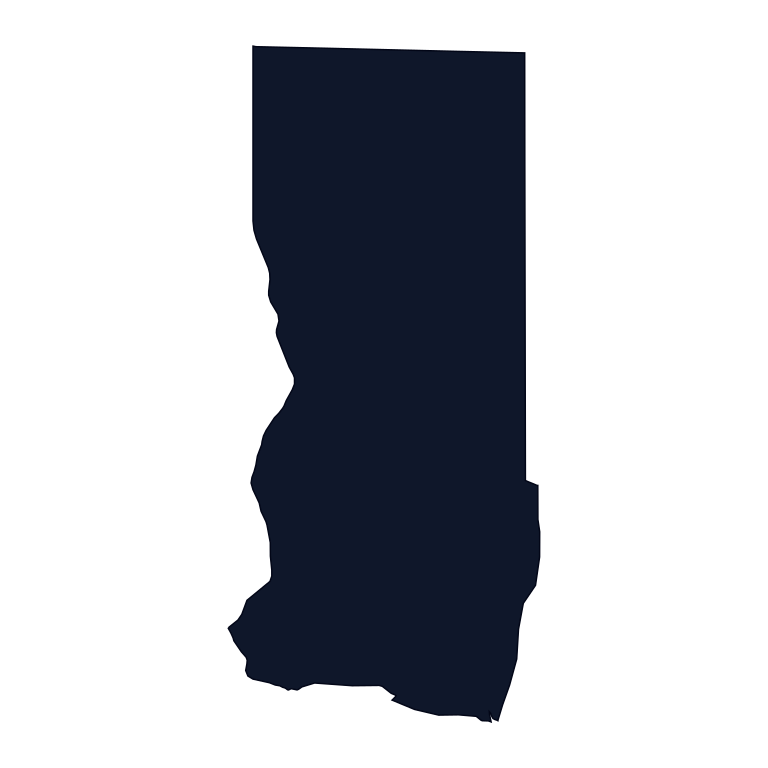 SVG path tracing the border of Al Butnan, rotated 180°
{"feature_id": "LBY-2987", "entity_name": "Al Butnan", "entity_type": "Municipality", "adm_level": 1, "iso_a3": "LBY", "parent_name": "Libya", "parent_adm1": "", "projection": "mercator", "projection_center": [24.313, 30.16], "detail": "fine", "context": "isolated", "style": "filled", "palette": "ink", "viewbox_px": 768, "rotation_deg": 180, "n_neighbors": 0, "source": "natural_earth", "source_scale": "10m", "svg_char_len": 1709}
<svg xmlns="http://www.w3.org/2000/svg" viewBox="0 0 768 768"><g transform="rotate(180 384 384)"><path d="M539.0,140.8L530.1,147.9L526.2,153.6L521.0,167.7L498.0,186.6L496.2,191.9L496.2,197.9L497.6,211.8L497.7,225.4L501.0,243.1L502.0,246.4L506.9,256.7L508.8,265.1L515.0,278.3L516.9,285.0L516.0,290.7L513.9,296.3L512.1,302.9L510.6,311.9L506.3,323.3L505.9,326.5L504.5,332.1L501.8,337.7L493.5,350.3L489.2,354.7L485.4,359.6L484.0,361.9L481.7,367.5L475.8,378.1L473.5,383.9L473.5,390.2L474.8,393.7L478.8,401.0L490.9,431.6L491.6,435.3L491.4,438.5L489.0,447.0L490.0,453.8L497.3,466.1L499.3,472.8L499.3,476.7L498.0,488.5L498.3,494.8L499.7,500.4L511.5,529.0L514.0,537.7L515.0,547.0L515.0,567.0L515.0,594.1L515.0,658.5L515.0,721.9L514.9,721.9L513.5,721.6L512.1,721.3L444.9,719.8L377.7,718.2L310.5,716.6L243.3,715.1L243.2,609.2L243.0,502.7L242.8,395.4L242.6,287.5L239.7,286.2L236.7,285.0L233.8,283.8L230.8,282.5L230.7,282.6L230.3,282.6L230.2,282.6L230.1,248.5L228.3,236.2L228.4,211.0L232.5,182.7L244.7,164.7L249.5,138.8L251.3,108.9L258.4,83.0L265.4,63.2L269.9,48.4L270.1,47.3L271.0,47.8L273.2,48.5L275.0,49.5L276.1,51.4L277.4,55.0L278.7,56.4L278.5,53.6L276.9,46.1L279.6,47.1L285.8,47.3L287.0,47.8L291.0,51.1L291.9,51.7L309.7,53.2L329.3,52.9L353.5,58.6L375.9,67.9L372.6,71.2L371.9,72.4L373.1,73.1L376.8,74.7L385.7,81.7L388.9,82.6L415.8,82.3L453.4,85.0L466.1,81.1L469.3,78.8L470.9,78.1L476.7,79.3L477.8,78.9L478.9,78.3L479.9,78.0L481.1,78.7L481.6,79.2L483.4,80.2L485.3,80.7L488.1,82.2L492.8,83.0L498.6,85.3L515.0,88.9L520.1,92.0L522.3,97.5L521.1,104.1L520.8,107.8L521.8,110.7L526.6,116.2L534.1,127.2L534.9,130.1L537.0,134.8L539.7,139.7L539.2,140.2L539.0,140.8Z" fill="#0f172a" stroke="#020617" stroke-width="1.5"/></g></svg>